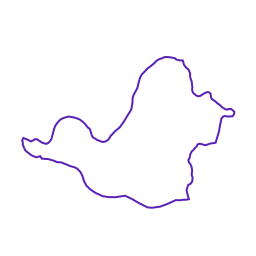 Esperantina, Tocantins, Brazil, rotated 8°
{"feature_id": "56859067B95220244681893", "entity_name": "Esperantina", "entity_type": "district", "adm_level": 2, "iso_a3": "BRA", "parent_name": "Brazil", "parent_adm1": "Tocantins", "projection": "natural_earth1", "projection_center": [-48.538, -5.311], "detail": "fine", "context": "isolated", "style": "outline", "palette": "violet", "viewbox_px": 256, "rotation_deg": 8, "n_neighbors": 0, "source": "geoboundaries", "source_scale": "gbopen_adm2", "svg_char_len": 2362}
<svg xmlns="http://www.w3.org/2000/svg" viewBox="0 0 256 256"><g transform="rotate(8 128 128)"><path d="M198.2,190.0L196.7,186.7L194.6,181.2L195.1,178.3L195.6,175.9L197.5,174.8L199.0,172.2L199.0,169.5L198.7,167.5L197.7,166.0L197.5,163.6L197.4,160.9L196.3,157.6L194.9,155.3L193.2,153.6L192.2,151.4L193.3,148.9L193.2,146.3L193.6,144.5L194.4,142.3L196.0,140.4L197.0,138.6L198.4,136.9L199.2,134.6L201.1,133.6L203.9,133.8L206.4,134.3L208.5,133.6L210.5,132.5L212.7,131.6L214.7,131.1L216.8,130.4L218.7,117.9L218.6,115.3L218.8,112.2L219.2,105.5L220.8,103.2L222.9,102.6L225.0,102.8L227.6,102.3L229.9,101.8L231.1,99.6L231.1,97.3L229.3,95.9L227.4,94.8L225.1,95.2L223.3,96.1L221.2,95.7L219.5,94.8L217.6,94.0L216.1,92.7L214.4,91.7L212.6,90.9L210.7,89.4L208.9,88.6L206.7,87.4L205.7,85.4L205.1,82.8L203.5,81.4L201.5,81.4L199.4,82.6L198.0,83.5L196.6,84.9L194.7,86.4L192.9,86.8L191.1,86.3L189.6,85.4L187.7,84.2L186.4,82.1L186.1,80.2L186.0,78.4L185.4,76.2L184.6,73.2L183.2,70.5L182.2,68.0L182.0,65.5L180.9,63.5L179.7,61.6L177.9,60.7L176.1,59.1L174.7,57.7L172.9,53.5L169.7,53.8L166.2,53.5L164.8,52.4L159.6,52.1L155.4,52.4L153.4,53.2L151.8,54.4L149.7,55.3L147.9,56.6L146.4,58.0L145.0,60.2L143.4,61.9L141.3,64.2L139.2,66.1L137.1,69.2L135.7,71.1L134.4,72.7L133.0,76.2L132.5,79.7L132.2,81.7L131.7,87.2L129.0,94.3L128.4,97.5L128.9,103.0L128.7,109.2L124.7,118.1L123.5,121.3L119.8,128.4L115.5,133.2L111.9,138.3L110.6,141.6L109.4,143.0L107.8,144.4L105.0,145.4L99.7,144.3L94.5,142.1L93.3,140.7L91.3,136.2L89.9,133.9L88.2,133.2L84.9,129.9L82.8,128.4L79.0,126.3L77.0,125.8L73.2,125.1L67.5,124.9L62.9,127.0L60.4,128.6L58.8,130.4L56.6,134.0L55.5,136.6L54.9,139.4L53.7,149.7L52.8,151.5L51.3,153.7L49.5,155.0L47.9,155.0L45.4,154.6L43.2,153.7L39.4,151.8L37.6,151.9L35.6,153.6L33.6,154.8L30.2,153.5L25.8,152.5L24.9,154.9L25.8,156.9L26.1,159.2L29.1,164.1L31.1,165.6L35.9,168.3L38.5,169.2L41.7,169.7L45.0,168.1L46.9,170.3L53.6,169.9L59.5,170.8L62.1,171.6L66.9,171.4L75.9,173.7L81.0,174.5L83.3,175.3L87.1,178.3L89.5,181.7L91.9,186.8L95.1,191.2L97.1,192.4L98.4,193.6L104.7,196.7L106.5,197.3L108.5,197.8L112.9,199.2L114.7,199.0L118.7,199.2L121.6,198.6L124.3,198.5L134.5,195.5L142.0,197.8L149.0,200.7L158.4,203.9L163.2,203.6L170.7,201.4L176.4,198.4L179.4,196.5L182.9,194.3L185.5,192.7L189.2,192.4L191.7,191.7L193.3,191.2L195.5,191.0L198.2,190.0Z" fill="none" stroke="#5b21b6" stroke-width="2"/></g></svg>